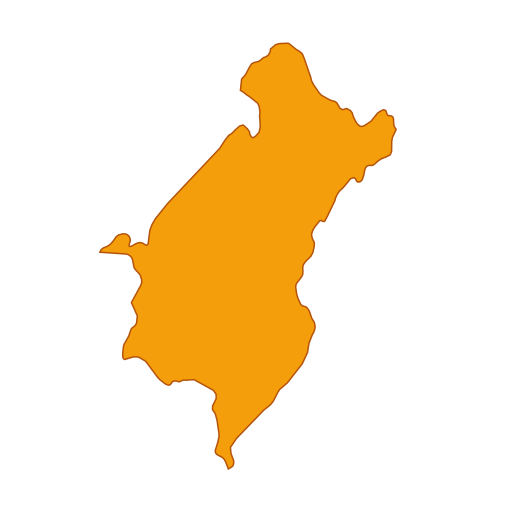 the State of Mérida, rotated 353°
{"feature_id": "VEN-27", "entity_name": "Mérida", "entity_type": "State", "adm_level": 1, "iso_a3": "VEN", "parent_name": "Venezuela", "parent_adm1": "", "projection": "robinson", "projection_center": [-71.244, 8.52], "detail": "fine", "context": "isolated", "style": "filled", "palette": "amber", "viewbox_px": 512, "rotation_deg": 353, "n_neighbors": 0, "source": "natural_earth", "source_scale": "10m", "svg_char_len": 3952}
<svg xmlns="http://www.w3.org/2000/svg" viewBox="0 0 512 512"><g transform="rotate(353 256 256)"><path d="M260.7,89.8L263.3,78.6L267.5,75.0L273.1,67.0L275.3,64.6L277.2,63.9L282.9,63.0L284.5,62.1L286.0,61.0L287.6,60.0L289.6,59.6L292.6,58.3L294.9,55.1L295.7,52.3L295.7,52.2L298.0,50.8L301.3,48.6L305.4,48.0L308.6,48.3L312.2,48.6L314.3,48.9L316.5,51.1L320.9,55.7L324.4,58.5L326.6,61.0L327.9,65.6L330.9,79.8L332.0,84.8L332.5,88.9L333.9,92.8L338.6,101.8L340.5,104.4L348.0,109.9L350.1,111.0L351.2,111.5L352.5,111.8L354.8,113.7L357.5,119.8L359.6,121.1L360.4,121.3L363.9,120.6L367.4,123.1L368.8,125.4L369.6,129.6L371.3,134.5L372.5,137.0L373.7,138.5L375.4,140.1L377.0,140.3L379.3,139.9L386.5,136.3L394.0,129.1L394.9,128.5L397.0,127.5L399.4,126.6L400.6,126.4L401.8,127.0L402.6,127.6L403.6,132.2L405.9,133.2L407.1,133.4L408.2,134.0L408.9,135.1L409.2,136.8L408.9,139.8L408.8,143.8L410.5,147.5L405.9,154.9L404.7,158.8L403.3,168.8L402.2,170.8L401.2,172.1L397.3,173.5L392.8,174.6L389.0,176.4L385.4,178.9L383.5,180.0L381.8,180.3L380.5,180.0L379.2,179.8L377.2,180.3L376.1,181.2L375.2,182.2L374.2,184.6L372.9,188.6L371.2,192.4L370.3,193.6L369.3,194.5L368.2,195.0L367.1,195.2L366.0,194.9L365.2,194.2L364.7,193.1L364.3,191.9L363.6,190.8L362.8,190.2L359.3,190.8L351.4,198.3L346.5,202.0L344.1,204.8L342.0,208.2L341.1,210.6L331.8,225.1L328.3,230.0L327.2,230.0L326.1,229.5L324.9,228.6L323.9,228.7L323.0,229.3L318.0,234.2L316.8,235.7L315.2,238.0L314.4,239.7L313.8,241.2L313.8,242.7L313.9,244.2L314.5,246.9L315.4,249.3L315.4,251.4L314.8,254.1L312.9,259.3L311.5,261.5L310.4,263.0L304.9,267.2L302.6,269.6L301.5,271.3L301.0,273.0L300.7,276.8L300.2,279.8L299.4,281.2L298.6,282.4L293.0,288.0L292.1,289.8L291.6,291.7L291.7,298.2L292.1,301.1L292.7,303.8L294.3,308.8L294.8,309.9L295.6,310.8L296.6,311.4L298.9,312.3L299.8,313.0L300.5,313.9L301.7,316.0L302.5,318.4L303.6,323.9L304.0,325.1L305.7,328.8L306.0,330.7L306.0,334.0L305.2,336.4L303.7,339.2L302.3,341.0L298.0,348.9L295.4,358.0L288.8,368.6L271.7,385.7L263.1,391.4L261.0,394.0L255.7,401.9L253.0,404.7L250.8,406.3L245.1,409.8L214.4,434.7L207.3,442.8L207.1,448.9L208.9,456.6L208.5,459.5L207.3,461.7L205.7,462.7L202.6,464.0L200.9,457.0L199.7,454.0L198.8,452.7L198.2,452.0L197.4,451.4L193.6,448.7L192.8,447.9L192.1,447.0L191.8,445.6L192.0,443.8L195.6,435.7L197.3,430.7L197.6,427.8L197.3,414.1L196.3,407.3L194.5,404.1L194.1,402.9L194.7,399.4L199.0,392.9L199.5,389.3L199.4,388.1L197.3,384.1L179.5,371.2L173.8,370.8L172.1,370.9L169.1,370.3L167.5,370.6L165.2,371.4L163.8,371.4L161.8,370.3L159.3,370.2L157.9,370.5L157.0,371.4L156.2,372.3L155.3,373.1L154.3,373.6L152.6,373.2L150.5,372.0L145.3,366.8L143.5,364.3L134.0,347.6L133.1,346.6L128.5,343.0L126.3,341.8L122.0,341.2L112.9,342.7L111.9,341.7L111.7,340.9L111.5,339.9L111.5,338.9L112.2,334.7L113.5,329.3L114.3,327.6L119.9,320.0L122.7,314.2L123.8,312.6L127.1,310.7L128.4,309.3L129.2,308.1L130.9,301.0L126.7,287.0L138.1,271.0L139.3,268.6L139.6,265.7L138.8,261.1L138.6,260.6L138.3,260.0L134.4,254.5L133.9,253.3L133.5,252.1L133.0,244.6L132.7,243.3L132.1,241.9L131.2,240.7L129.5,239.2L128.2,238.4L101.5,233.2L103.1,230.8L105.9,229.2L109.0,228.5L111.0,227.6L113.0,226.5L115.5,224.3L118.0,221.7L118.7,220.8L119.5,219.9L120.8,219.1L122.6,218.3L125.9,217.8L127.9,217.9L129.4,218.3L130.4,218.9L131.3,219.6L132.1,220.4L132.7,221.5L133.0,222.7L133.2,224.2L133.0,225.6L132.6,226.8L131.5,229.0L131.3,230.1L131.5,231.1L132.7,231.2L134.7,230.7L138.3,229.1L140.5,228.6L142.3,228.5L143.6,228.8L144.7,229.3L145.7,229.9L147.5,231.4L148.4,232.0L149.5,231.7L150.5,230.5L153.6,218.2L154.1,216.9L156.7,212.0L161.0,206.4L174.7,193.1L233.0,144.8L239.3,137.3L243.6,133.0L247.2,131.2L250.7,128.4L255.6,125.0L259.1,124.4L260.8,126.2L262.9,128.7L264.6,131.8L264.8,134.6L265.9,137.3L267.6,138.3L270.6,136.7L274.1,133.6L276.0,128.1L276.5,121.3L276.5,117.9L277.4,114.2L277.4,108.3L276.3,104.6L273.0,101.2L268.7,96.8L266.5,95.0L263.2,91.6L260.7,89.8L260.7,89.8Z" fill="#f59e0b" stroke="#b45309" stroke-width="1.5"/></g></svg>